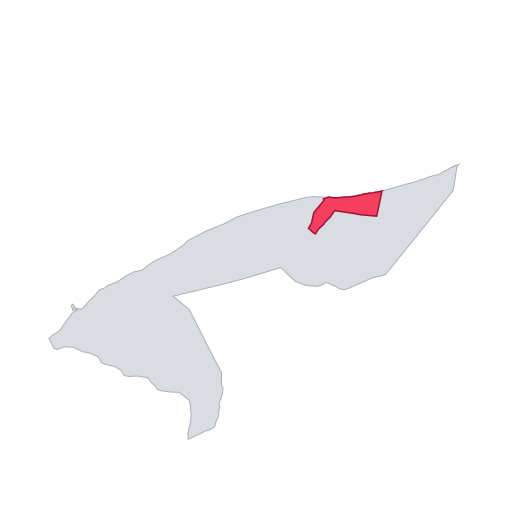 location of Shabeellaha Hoose within Somalia, rotated 219°
{"feature_id": "SOM-2316", "entity_name": "Shabeellaha Hoose", "entity_type": "Region", "adm_level": 1, "iso_a3": "SOM", "parent_name": "Somalia", "parent_adm1": "", "projection": "equal_earth", "projection_center": [44.342, 1.971], "detail": "fine", "context": "in_parent", "style": "filled", "palette": "rose", "viewbox_px": 512, "rotation_deg": 219, "n_neighbors": 0, "source": "natural_earth", "source_scale": "10m", "svg_char_len": 3168}
<svg xmlns="http://www.w3.org/2000/svg" viewBox="0 0 512 512"><g transform="rotate(219 256 256)"><path d="M156.1,452.5L155.7,451.3L153.7,447.8L149.8,441.1L146.9,436.0L144.0,430.9L144.0,426.7L143.9,414.4L143.8,389.8L143.8,365.2L143.7,340.7L143.7,328.4L143.7,323.3L144.0,322.5L147.4,318.0L151.9,312.1L157.8,300.7L161.0,294.6L163.6,289.4L164.3,287.9L166.7,284.8L171.1,282.9L173.8,282.6L183.3,280.3L184.7,279.3L185.5,278.3L186.3,275.8L188.1,272.4L190.5,270.0L195.0,266.9L199.4,264.3L200.4,263.9L205.7,262.2L207.0,261.7L209.2,261.1L210.0,261.1L217.4,261.6L223.2,262.1L229.1,262.6L229.8,262.2L233.9,256.1L240.5,246.4L244.7,240.2L251.2,230.6L256.2,223.7L261.8,216.1L267.1,209.1L273.6,200.7L277.6,195.4L283.9,187.2L289.9,179.4L295.2,172.5L287.9,172.5L280.7,172.5L273.7,172.5L272.4,171.6L266.5,169.0L258.9,165.6L249.6,161.4L243.0,158.4L235.9,155.2L228.7,152.1L223.1,149.6L216.1,146.5L209.9,143.8L209.1,143.1L205.7,139.0L201.3,133.6L200.4,133.5L198.3,132.4L196.4,129.4L194.5,125.7L192.7,121.0L191.9,117.9L189.4,116.5L188.3,114.0L186.1,110.3L184.6,108.5L184.0,106.9L183.3,103.7L182.1,100.2L180.9,98.0L180.6,97.0L180.7,96.4L182.9,91.6L183.9,89.9L185.1,88.3L186.0,86.6L186.3,85.5L189.1,79.8L191.4,74.9L193.3,71.0L197.5,75.5L201.6,84.4L206.3,91.7L212.9,98.5L215.5,100.7L217.8,101.9L229.7,101.8L238.2,95.6L245.9,91.1L248.5,90.2L253.0,91.4L257.9,91.8L262.3,93.2L264.6,92.8L273.3,87.6L278.8,82.6L282.6,80.4L284.1,80.4L289.2,82.2L295.8,81.4L304.8,77.1L307.6,76.2L309.8,76.1L314.7,78.1L315.5,78.0L318.1,77.6L325.1,75.6L330.5,72.4L340.6,70.2L348.2,64.5L349.5,61.7L351.8,58.2L355.1,57.1L363.7,61.1L365.1,61.5L364.6,63.9L364.3,66.5L362.6,70.9L361.5,75.8L362.4,83.2L362.9,95.4L362.7,97.1L362.1,98.9L361.9,100.3L361.0,100.7L360.6,101.5L361.3,101.8L363.9,100.5L363.9,99.1L364.0,98.3L366.3,100.0L367.8,100.6L368.3,102.2L368.2,103.2L365.7,102.7L364.4,101.9L360.7,103.2L358.4,104.7L357.8,107.1L357.3,116.6L356.5,122.8L356.4,131.0L353.4,136.4L352.4,140.2L348.0,147.9L345.6,154.4L344.9,157.6L341.0,166.6L335.6,173.5L333.7,182.3L331.8,187.8L329.6,192.8L324.9,201.7L322.5,207.9L319.4,218.7L318.5,225.5L309.9,245.2L301.0,261.0L295.4,274.3L285.4,289.7L271.7,309.6L253.8,333.2L249.0,338.1L229.3,352.6L216.6,364.9L210.1,373.2L203.3,380.4L197.9,387.3L181.5,410.6L179.8,412.8L178.2,414.8L176.2,418.8L174.7,420.4L170.8,427.0L168.4,430.5L165.7,433.9L164.5,436.3L163.7,439.0L162.8,440.6L160.3,447.2L158.1,451.5L156.0,454.9L156.1,452.5Z" fill="#d9dde1" stroke="#a8b0b8" stroke-width="1"/><path d="M236.8,347.5L236.1,348.0L235.6,348.2L235.4,348.3L231.1,351.0L227.4,354.4L227.3,354.7L227.0,354.8L224.1,357.7L221.3,360.0L216.6,364.9L214.2,368.2L213.7,368.5L212.8,369.3L212.6,369.6L212.5,369.8L212.4,370.1L212.4,370.7L212.3,370.8L211.9,371.0L211.7,371.4L210.1,373.4L209.7,373.8L209.2,374.0L209.0,374.3L208.0,376.0L205.5,377.8L204.7,378.6L203.7,380.5L203.3,380.8L203.0,380.9L202.0,382.0L199.0,385.8L199.0,385.7L195.3,378.6L193.6,375.4L187.3,362.9L194.7,357.9L200.3,354.1L206.8,350.6L223.5,340.7L222.8,333.1L223.7,325.2L223.3,323.5L224.4,316.5L223.7,310.6L226.3,310.1L232.6,310.6L233.7,316.8L238.4,326.1L238.2,341.9L239.5,342.7L236.8,347.4L236.8,347.5Z" fill="#f43f5e" stroke="#9f1239" stroke-width="1.5"/></g></svg>